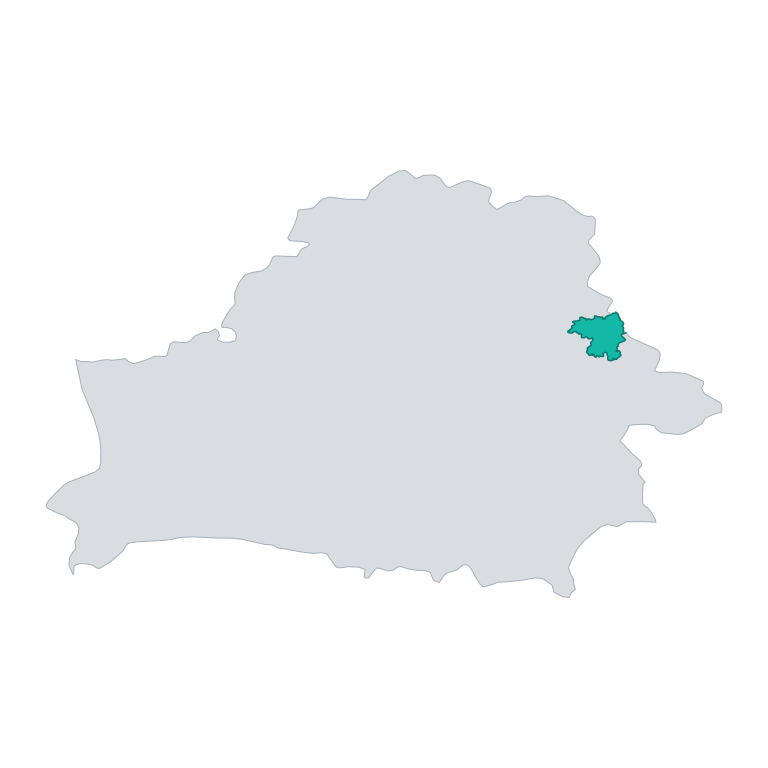 Horki, Mogilev, Belarus (highlighted)
{"feature_id": "67162791B10713618148259", "entity_name": "Horki", "entity_type": "district", "adm_level": 2, "iso_a3": "BLR", "parent_name": "Belarus", "parent_adm1": "Mogilev", "projection": "equal_earth", "projection_center": [30.973, 54.207], "detail": "fine", "context": "in_parent", "style": "filled", "palette": "teal", "viewbox_px": 768, "rotation_deg": 0, "n_neighbors": 0, "source": "geoboundaries", "source_scale": "gbopen_adm2", "svg_char_len": 8786}
<svg xmlns="http://www.w3.org/2000/svg" viewBox="0 0 768 768"><path d="M655.9,522.2L642.4,521.6L626.3,521.8L617.2,526.7L607.3,524.3L600.3,527.1L584.2,540.7L577.9,547.9L572.0,559.2L568.3,567.6L570.3,573.4L573.2,578.9L573.9,584.7L575.4,589.3L571.4,592.7L569.0,597.5L562.2,596.7L553.9,592.0L552.2,585.3L545.9,580.7L541.7,578.3L534.7,577.9L523.6,580.0L509.1,581.7L498.2,582.2L492.2,584.5L483.4,586.9L480.0,584.1L475.2,576.5L471.2,569.0L468.5,565.7L466.1,564.7L463.2,564.9L459.8,567.3L457.2,569.8L448.0,572.6L443.9,575.3L439.4,582.3L436.5,581.8L433.5,580.2L430.1,572.4L425.4,570.6L417.7,570.5L408.2,568.9L400.5,566.5L397.7,567.1L393.1,570.4L388.1,570.9L377.3,567.9L375.1,569.3L368.7,577.8L365.7,578.2L364.1,577.2L365.2,569.7L358.9,567.1L348.3,566.7L340.8,567.8L337.1,567.5L335.3,566.0L326.5,553.5L321.7,552.7L313.0,553.4L300.2,551.8L285.6,549.0L277.5,548.0L273.4,545.2L264.4,544.3L240.2,539.0L230.3,538.1L215.7,538.0L193.4,536.8L179.1,537.5L172.4,539.2L164.7,540.3L138.2,541.7L128.7,543.1L125.8,545.8L122.5,551.5L111.1,561.4L100.2,568.0L98.2,568.6L92.2,565.1L87.0,563.9L81.0,563.5L76.6,564.6L73.8,566.3L73.8,574.0L73.2,574.6L69.0,565.5L69.7,557.3L72.6,552.6L75.9,548.4L75.0,542.0L78.5,533.7L78.9,527.6L77.6,525.0L75.3,522.0L68.6,518.7L65.7,516.1L56.5,512.6L47.5,508.2L46.1,505.6L46.6,503.8L48.4,501.0L55.8,492.9L63.9,485.1L68.9,482.0L95.3,471.9L99.4,468.4L100.7,462.5L100.9,450.6L99.8,439.7L98.2,432.3L94.0,418.3L82.1,389.4L75.7,359.6L80.8,361.4L93.0,362.0L102.8,360.0L107.8,359.7L112.3,360.3L125.2,358.7L128.2,361.4L133.8,363.7L145.2,360.3L155.3,356.1L165.6,356.6L167.2,354.5L170.2,344.0L173.4,341.7L185.7,342.8L190.3,340.9L195.3,335.7L202.7,332.5L208.7,332.5L215.2,328.9L218.2,331.3L219.6,335.7L217.3,339.1L218.2,340.5L222.5,342.2L230.0,342.2L234.9,340.7L236.1,338.7L236.2,335.1L235.1,331.8L232.0,328.9L226.1,327.4L222.0,327.4L221.4,325.5L222.9,321.6L226.9,314.4L231.6,307.9L234.5,305.4L235.1,303.2L234.7,299.2L234.8,292.2L239.3,282.2L245.0,274.8L252.4,272.4L261.3,271.1L267.2,267.6L270.1,263.6L272.8,257.2L275.6,255.9L297.0,256.7L300.5,250.4L302.4,248.6L306.6,246.8L309.5,244.5L308.5,242.8L303.1,241.7L290.2,240.7L287.7,238.6L288.6,236.1L292.3,229.6L295.8,221.2L297.7,214.7L298.0,210.9L299.9,209.9L310.4,208.7L313.9,207.4L323.1,198.6L330.0,197.1L347.6,199.4L355.7,199.2L366.0,199.8L366.9,198.9L370.8,190.2L388.6,176.4L398.0,171.5L403.9,170.5L405.9,170.7L415.1,178.1L417.3,178.4L423.6,175.3L434.4,175.0L439.4,177.6L446.3,186.6L450.0,187.6L460.6,182.6L466.4,180.9L470.2,181.0L489.9,188.0L491.3,190.2L491.4,192.8L488.3,201.0L492.3,206.1L497.0,209.5L507.3,203.8L511.0,202.3L515.1,202.2L520.7,200.1L524.7,197.0L528.5,195.9L535.7,196.6L548.9,195.9L564.2,200.8L565.5,202.3L573.1,208.2L575.8,211.0L578.3,212.0L582.4,214.8L587.9,216.6L591.7,216.0L593.5,217.0L595.2,219.2L595.3,223.0L594.7,233.9L589.2,239.6L588.5,241.6L588.8,244.0L593.1,248.8L598.8,256.1L600.1,260.4L600.1,263.6L592.4,273.0L589.8,275.2L588.0,279.8L587.1,284.6L587.6,286.5L600.5,294.1L610.0,298.1L612.2,300.1L612.4,301.4L607.3,309.5L606.8,311.7L614.5,315.0L618.7,320.4L622.5,329.0L629.8,337.3L657.0,349.5L659.4,351.7L660.2,354.3L659.4,360.0L654.5,370.9L659.1,372.5L671.1,372.1L685.7,373.5L703.3,381.2L703.4,384.7L701.6,387.8L702.9,391.2L704.8,394.0L720.1,402.7L721.6,405.2L721.9,409.4L721.5,412.5L717.3,413.2L712.7,414.6L705.1,418.3L702.1,423.6L689.8,430.8L682.2,434.1L676.1,434.3L661.5,432.8L656.4,429.2L654.3,425.9L648.7,424.4L641.3,424.3L631.1,424.9L629.0,425.9L627.3,429.9L623.0,436.8L619.9,440.7L632.9,454.4L639.5,460.0L641.6,463.5L641.5,466.0L638.4,468.9L638.9,474.7L645.3,482.4L643.1,483.7L642.5,493.1L642.6,503.3L644.4,505.8L647.8,507.8L650.7,511.5L655.6,520.0L655.9,522.2Z" fill="#d9dde1" stroke="#a8b0b8" stroke-width="1"/><path d="M625.2,333.1L624.8,333.1L623.7,332.9L623.2,332.1L623.1,331.1L623.3,329.8L623.5,328.9L623.5,328.3L623.4,327.4L622.6,326.4L621.9,326.0L622.4,325.6L623.2,324.9L623.5,324.3L623.6,323.6L623.3,322.7L622.6,322.0L621.7,321.2L620.9,320.8L620.1,320.2L620.3,319.7L620.1,318.7L619.6,318.2L619.0,317.7L619.0,316.8L618.6,316.0L617.9,315.2L618.1,314.8L617.9,314.1L617.4,313.7L616.6,312.6L615.6,312.2L615.0,313.2L614.6,313.5L613.4,313.2L613.2,313.1L613.1,313.3L612.6,313.8L611.9,314.2L611.4,314.6L610.4,315.0L609.6,315.2L608.9,315.3L608.3,315.5L607.6,315.8L606.6,316.3L606.0,316.8L605.3,317.4L605.1,317.7L605.0,318.2L605.0,318.7L604.9,318.9L604.0,319.1L603.3,319.2L603.4,318.7L603.2,318.0L602.9,317.7L602.6,317.1L601.8,317.0L601.2,317.4L600.2,317.4L599.9,316.8L598.8,316.8L598.2,316.9L597.4,316.7L596.6,316.4L596.1,316.0L595.3,315.9L594.7,316.1L594.4,316.6L594.4,317.1L594.5,317.7L594.5,318.3L594.1,318.6L593.6,318.9L592.9,319.2L592.3,319.4L591.3,319.5L590.5,319.5L589.9,319.4L589.5,319.0L588.6,318.9L587.8,319.0L587.5,319.2L586.8,319.8L586.2,319.9L586.0,319.4L586.0,318.9L585.7,318.4L585.2,318.5L584.3,318.5L584.1,318.2L583.7,317.9L583.0,317.6L582.2,317.3L581.4,317.1L580.7,317.2L580.3,317.3L579.9,317.9L579.7,318.4L579.7,318.6L579.9,319.0L580.0,319.4L579.9,319.9L579.3,320.3L578.5,320.6L577.9,320.8L576.9,321.0L575.9,321.0L574.5,321.2L573.6,321.3L573.1,321.5L572.7,321.7L572.7,322.1L572.9,322.4L573.5,322.8L574.3,323.1L574.8,323.4L575.2,323.8L575.0,324.2L574.7,324.6L574.1,325.1L572.7,325.4L571.9,325.8L571.6,326.3L571.7,326.8L571.9,327.3L572.0,328.1L571.5,328.7L570.5,329.2L569.9,329.6L569.3,330.2L569.3,330.7L569.1,331.1L568.5,331.2L568.2,331.0L567.9,331.8L567.9,332.3L568.5,332.7L569.7,332.9L570.3,333.0L571.5,333.0L572.6,332.9L573.1,332.5L573.2,332.2L573.3,332.0L573.5,331.6L574.3,331.5L575.2,331.6L575.9,331.8L576.4,332.0L576.8,332.5L577.0,332.7L577.3,332.9L577.8,332.9L578.1,333.3L578.3,333.6L578.9,334.1L579.7,334.2L580.5,333.9L580.9,333.8L581.4,333.9L581.7,334.3L581.6,334.7L581.6,335.0L581.4,335.7L581.4,336.2L581.4,336.7L581.4,337.1L581.6,337.5L582.1,337.7L582.9,337.8L583.2,337.8L584.0,337.8L584.4,337.6L584.8,337.4L585.1,337.2L585.5,336.9L585.8,336.7L586.1,336.7L586.5,336.7L586.9,337.0L587.3,337.5L587.6,337.8L587.8,338.2L588.2,338.5L588.8,338.7L589.4,338.8L589.8,338.7L590.5,338.7L591.0,338.5L591.4,338.4L591.8,338.1L592.1,338.1L592.4,338.1L592.7,338.6L592.8,339.0L592.8,339.3L592.9,339.8L593.0,340.1L592.9,340.6L592.7,340.9L592.4,341.2L591.9,341.5L591.4,341.8L590.9,342.2L590.7,342.9L590.8,343.4L590.9,343.8L591.1,344.2L591.3,344.5L591.2,344.9L591.2,345.1L591.1,345.3L590.7,345.6L590.2,345.9L589.7,346.2L588.8,346.9L587.7,347.7L587.2,348.2L587.3,348.8L587.3,349.2L587.6,349.7L587.7,350.1L587.5,350.5L587.1,350.9L586.7,351.2L586.7,351.6L586.7,352.2L586.9,352.6L587.1,352.9L587.2,353.0L587.3,353.2L587.6,353.3L588.1,353.6L588.3,354.0L588.5,354.4L589.0,355.1L589.4,355.4L589.8,355.5L590.2,355.4L590.6,355.2L590.9,354.8L591.0,354.5L591.4,354.0L591.7,353.9L592.1,354.0L592.1,354.3L592.2,354.9L592.2,355.2L592.6,355.3L593.0,355.1L593.4,354.7L593.9,354.7L594.2,354.9L594.4,355.3L594.1,355.8L594.5,356.3L594.7,356.6L595.2,356.9L595.5,357.1L595.8,357.2L596.0,357.2L596.4,356.7L596.5,356.3L596.5,355.8L596.9,355.6L597.3,355.6L597.8,355.8L598.0,356.0L598.3,356.3L598.7,356.7L599.0,356.9L599.3,356.9L599.6,356.8L599.8,356.6L599.9,356.1L600.6,356.1L601.1,356.1L601.5,356.2L602.1,356.5L602.5,356.6L602.8,356.6L603.1,356.5L603.4,356.3L603.5,356.0L603.6,355.6L603.6,355.1L603.4,354.5L603.2,354.2L603.1,353.7L603.3,353.5L603.7,353.1L604.0,352.9L604.5,352.5L605.2,352.4L606.0,352.5L606.4,352.8L606.7,353.2L606.9,353.6L607.1,354.1L607.2,354.6L607.3,355.1L607.3,355.3L607.6,355.8L607.8,356.2L607.8,356.5L607.9,357.0L607.8,357.6L607.8,358.1L607.8,358.6L607.8,359.1L607.9,359.4L608.1,359.8L608.5,360.2L608.8,360.3L609.4,360.5L610.1,360.5L610.7,360.5L611.3,360.5L611.9,360.5L612.3,360.3L612.9,360.2L613.1,360.0L613.3,359.8L613.2,359.4L613.1,359.1L612.9,358.8L612.9,358.5L613.2,358.3L613.7,358.3L614.2,358.5L614.3,358.8L614.3,359.0L614.4,359.3L614.8,359.5L615.2,359.4L615.7,359.3L616.1,359.2L616.7,359.3L616.9,358.8L617.2,358.5L617.3,358.2L617.7,357.8L618.2,357.6L618.6,357.4L619.1,357.2L619.3,356.9L619.6,356.6L620.0,356.2L620.4,355.9L620.7,355.5L620.9,355.2L620.9,354.8L620.6,354.4L620.1,354.1L620.2,353.7L620.3,353.2L620.3,352.6L620.0,352.2L619.7,351.7L619.6,351.4L619.4,350.9L619.0,350.8L618.6,350.8L618.3,351.1L618.1,351.3L617.8,351.5L617.2,351.6L616.5,351.4L616.2,351.0L616.8,350.6L617.2,350.4L617.2,350.1L617.3,349.6L617.3,348.8L617.1,348.4L617.0,347.9L616.7,347.5L616.6,347.1L616.9,346.8L617.3,346.7L618.0,346.4L618.2,345.5L618.2,344.9L618.3,344.4L618.4,343.9L618.7,343.3L619.3,342.9L620.1,342.5L620.8,342.2L621.6,342.0L622.2,341.7L622.7,341.6L623.5,341.3L624.0,341.0L624.5,340.7L624.8,340.5L625.1,340.3L625.4,340.0L625.4,339.5L625.1,339.2L624.6,338.9L624.2,338.5L623.8,337.9L623.2,337.3L622.5,336.9L622.2,336.6L621.7,336.2L621.4,335.8L621.3,335.3L621.4,334.7L621.7,334.5L621.9,334.4L622.1,334.0L623.4,333.7L623.9,333.7L624.6,333.5L625.2,333.1Z" fill="#14b8a6" stroke="#0f766e" stroke-width="1.5"/></svg>